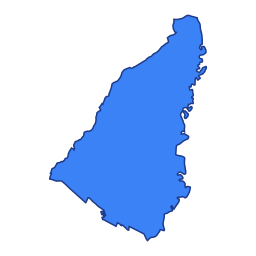 outline of Cajicá, Cundinamarca, Colombia
{"feature_id": "7082276B54625644795372", "entity_name": "Cajicá", "entity_type": "district", "adm_level": 2, "iso_a3": "COL", "parent_name": "Colombia", "parent_adm1": "Cundinamarca", "projection": "robinson", "projection_center": [-74.022, 4.935], "detail": "fine", "context": "isolated", "style": "filled", "palette": "blue", "viewbox_px": 256, "rotation_deg": 0, "n_neighbors": 0, "source": "geoboundaries", "source_scale": "gbopen_adm2", "svg_char_len": 5855}
<svg xmlns="http://www.w3.org/2000/svg" viewBox="0 0 256 256"><path d="M202.3,44.0L202.2,39.4L201.9,35.6L201.5,33.2L200.5,29.4L200.0,24.2L199.2,22.5L198.1,20.9L197.4,18.8L197.2,17.8L190.4,16.0L189.9,15.6L187.9,15.4L187.0,15.5L186.2,15.9L183.2,17.9L181.6,18.6L176.9,19.5L173.9,19.3L174.0,21.8L172.9,25.9L173.2,27.2L173.3,28.9L173.8,29.5L174.4,31.2L174.7,31.7L175.4,32.3L176.1,32.4L175.1,33.8L174.3,34.4L173.1,34.9L170.1,35.7L167.4,37.8L168.0,39.6L168.5,42.0L167.5,42.8L165.9,43.6L163.4,45.7L161.8,46.7L158.5,50.8L156.4,52.5L153.4,54.0L151.5,56.2L148.6,57.4L146.8,58.9L145.5,60.4L143.0,61.7L140.9,63.1L134.6,66.9L134.0,66.9L132.2,68.2L131.1,68.3L129.8,67.5L125.2,69.3L123.7,70.3L123.0,71.1L122.0,72.6L121.2,75.4L120.4,77.2L118.3,80.1L117.1,81.3L116.0,81.5L115.0,82.2L114.4,82.3L113.3,82.8L113.0,83.3L112.1,83.9L111.2,88.2L108.9,94.2L109.0,95.0L108.8,95.7L108.5,96.2L106.7,96.5L106.1,96.8L105.2,97.9L104.9,98.4L104.1,101.0L103.0,103.1L102.8,104.4L101.9,103.8L99.7,107.1L99.3,107.4L100.1,108.9L100.7,110.4L99.7,110.8L98.0,111.8L96.9,113.0L96.5,115.6L95.9,117.4L96.1,120.1L95.4,123.3L94.5,124.9L93.5,126.4L93.2,127.6L92.3,129.2L91.3,130.2L90.1,130.9L88.7,131.3L87.5,131.2L86.2,131.5L85.2,131.8L84.3,132.4L84.0,133.1L83.8,134.9L83.6,135.8L83.1,136.5L82.0,137.5L81.1,139.1L80.5,139.6L79.5,139.6L77.5,141.0L76.5,141.3L76.2,141.3L75.2,141.8L74.5,143.6L73.9,144.3L73.7,145.2L73.8,146.1L74.4,147.6L74.4,149.0L74.3,149.6L74.0,149.9L73.1,148.8L71.5,148.0L71.0,148.9L69.5,151.1L68.4,153.7L68.0,156.4L67.0,158.0L66.3,158.4L65.3,158.4L64.3,160.4L63.5,160.8L63.4,161.1L63.0,161.6L62.4,161.8L61.4,161.5L59.7,162.6L58.3,162.7L57.5,163.0L57.0,163.2L56.1,165.1L55.8,165.4L54.8,167.3L54.3,167.7L52.7,168.4L51.9,168.9L51.2,171.3L51.1,172.5L50.3,173.3L49.7,173.1L51.4,173.9L50.2,176.4L49.7,179.0L53.0,179.8L54.0,180.3L56.6,181.1L59.7,180.9L61.6,181.0L65.5,184.3L69.8,188.5L85.7,202.7L85.8,202.7L88.1,197.7L88.7,197.7L89.4,198.1L91.1,199.6L92.1,200.9L96.1,204.2L97.9,206.1L101.0,208.2L102.0,209.0L103.7,210.0L103.7,210.4L104.3,211.7L104.3,211.9L103.1,211.4L101.3,211.4L101.0,211.6L100.9,211.9L101.2,212.8L101.6,213.0L101.7,214.1L101.9,214.6L102.3,214.7L102.7,214.6L103.4,212.9L104.3,212.7L104.8,212.9L104.6,214.1L105.6,214.7L105.6,215.2L105.3,215.5L103.8,214.6L103.3,214.8L103.5,215.5L104.5,216.6L104.3,216.9L103.6,217.2L102.6,217.1L102.1,217.3L102.0,217.9L102.6,218.3L102.7,219.5L103.3,219.6L104.8,220.3L116.0,226.3L117.5,222.8L120.8,224.7L120.6,225.1L121.6,225.6L122.1,225.1L122.7,225.2L127.9,230.1L128.7,230.1L129.2,226.5L129.7,226.7L143.2,233.5L144.1,234.1L146.6,239.6L147.6,240.6L148.8,239.1L150.1,238.0L151.4,237.4L153.7,237.1L155.4,236.5L156.6,235.5L157.4,234.4L159.8,231.0L160.1,229.7L161.1,229.7L163.4,230.6L164.2,230.5L164.4,230.1L164.4,229.5L163.3,225.6L163.1,223.6L163.2,222.3L164.2,217.5L164.2,215.2L164.3,214.4L165.0,213.8L167.6,213.0L169.8,211.5L171.9,211.0L172.4,210.7L172.6,210.3L172.4,209.6L171.0,207.3L170.9,206.7L171.5,205.8L171.8,205.8L172.1,206.2L173.8,209.0L174.0,209.1L175.0,207.4L178.5,202.4L179.2,200.7L179.2,199.2L177.4,198.4L177.2,197.8L177.4,197.6L178.4,197.2L180.9,197.1L182.7,196.7L183.6,196.9L185.0,197.8L185.7,197.6L186.4,197.2L187.2,196.2L189.4,192.1L190.3,188.1L190.3,187.3L190.1,187.0L187.5,186.4L187.1,186.5L185.9,187.6L185.4,187.5L185.1,186.8L185.1,183.8L184.8,183.2L184.2,182.2L182.7,181.0L179.6,180.8L179.1,180.4L179.3,179.7L180.1,179.2L182.1,179.0L182.7,178.8L182.9,178.3L182.8,177.3L181.9,175.9L180.6,174.7L180.1,174.6L178.3,175.0L177.5,175.0L177.4,174.1L177.6,173.5L179.0,172.3L180.0,172.0L181.0,172.3L183.1,173.7L184.3,174.2L185.3,174.0L185.7,173.2L185.7,170.9L185.3,169.4L185.2,167.8L184.6,165.0L184.4,162.1L184.7,158.3L184.3,157.5L183.9,157.1L182.4,156.4L181.4,156.1L176.5,155.1L176.0,154.8L175.8,154.5L175.8,153.6L176.3,146.6L176.5,145.8L177.0,145.2L180.2,143.7L182.2,141.9L183.3,141.1L185.4,139.9L187.6,139.0L188.3,138.2L188.6,137.3L188.6,136.5L188.1,136.0L184.5,133.8L183.1,133.8L181.7,134.3L181.3,134.0L181.1,133.3L181.3,132.6L181.8,131.7L182.3,131.3L183.3,131.1L184.5,131.8L184.4,129.1L184.7,125.8L184.4,124.6L183.2,122.1L183.0,120.7L182.3,119.6L181.9,118.2L180.9,116.2L180.6,115.1L180.6,114.3L180.9,113.4L181.9,111.8L182.1,111.6L182.7,111.6L183.3,111.9L183.7,112.4L184.6,113.7L184.9,114.7L184.9,115.6L184.4,117.0L184.6,117.8L185.1,118.4L186.0,118.4L187.7,116.5L188.2,115.0L188.2,114.0L185.6,111.3L185.0,111.0L183.0,110.6L182.7,110.2L182.7,109.8L183.1,108.8L183.8,107.9L184.3,107.6L186.0,107.6L186.7,108.0L187.2,108.4L188.7,110.8L189.4,111.2L190.2,110.8L190.9,110.0L191.6,109.1L192.1,108.0L191.8,106.8L191.1,106.5L188.7,108.0L188.0,108.2L187.7,107.9L187.7,106.8L188.2,105.9L188.3,104.4L189.6,104.5L190.6,103.5L191.4,103.4L192.9,103.6L193.3,103.1L192.7,101.1L193.3,98.6L193.0,98.1L191.9,97.9L191.6,97.5L191.9,96.8L192.5,96.5L193.2,95.6L193.2,94.1L192.6,92.3L192.7,90.3L192.3,89.6L192.1,89.5L190.5,90.1L190.0,90.1L189.8,89.9L189.5,89.1L189.4,86.7L190.5,87.0L191.0,86.8L191.2,86.4L191.3,84.7L191.8,84.2L192.2,84.1L192.9,84.3L194.0,85.0L194.7,85.0L194.9,84.8L195.0,84.2L195.2,78.9L195.5,78.1L195.9,77.7L196.4,77.8L197.5,79.9L197.8,80.0L198.2,79.9L198.9,79.2L199.8,78.7L200.1,78.3L200.0,77.7L198.7,76.4L198.6,76.0L198.7,75.6L199.4,75.1L201.8,74.4L203.0,73.7L204.7,71.6L206.3,68.2L206.3,66.9L206.0,66.5L205.5,66.6L202.7,67.8L202.1,69.0L200.5,70.9L200.0,71.9L199.4,72.4L198.5,72.2L196.7,70.9L196.5,70.5L196.7,69.7L197.6,69.0L199.2,68.8L199.5,68.6L199.7,68.3L199.5,67.7L198.4,66.8L198.0,66.3L197.8,65.7L197.9,65.2L198.2,64.9L199.5,64.5L199.8,62.6L200.0,62.3L200.7,62.0L201.9,62.1L202.4,61.5L202.4,59.7L202.2,59.1L201.5,58.7L200.0,58.5L199.4,57.9L199.3,57.3L199.4,55.9L200.3,55.2L203.3,54.7L205.3,53.2L206.0,52.3L205.8,49.9L205.1,48.2L204.2,46.7L202.4,46.4L201.8,46.6L201.5,47.0L201.5,47.6L201.9,49.2L201.4,49.7L200.7,49.6L199.7,48.3L199.6,47.1L200.1,45.9L201.0,44.7L202.3,44.0Z" fill="#3b82f6" stroke="#1e3a8a" stroke-width="1.5"/></svg>